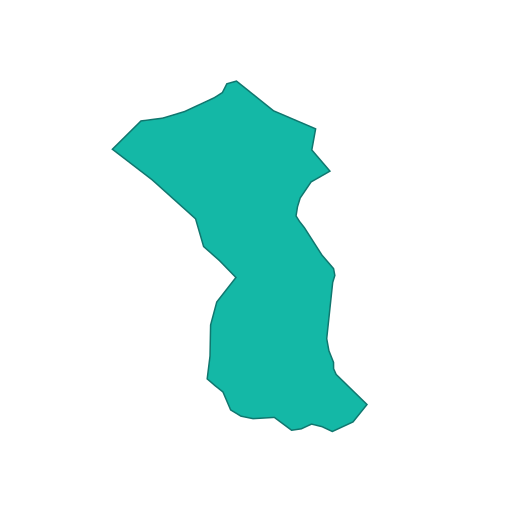 Kaberamaido, orthographic projection, rotated 128°
{"feature_id": "UGA-3066", "entity_name": "Kaberamaido", "entity_type": "District", "adm_level": 1, "iso_a3": "UGA", "parent_name": "Uganda", "parent_adm1": "", "projection": "orthographic", "projection_center": [33.211, 1.704], "detail": "fine", "context": "isolated", "style": "filled", "palette": "teal", "viewbox_px": 512, "rotation_deg": 128, "n_neighbors": 0, "source": "natural_earth", "source_scale": "10m", "svg_char_len": 767}
<svg xmlns="http://www.w3.org/2000/svg" viewBox="0 0 512 512"><g transform="rotate(128 256 256)"><path d="M138.2,385.0L130.2,379.1L130.8,331.6L119.1,287.3L138.1,277.3L143.6,250.0L163.7,258.2L183.1,256.9L191.7,253.6L199.8,249.1L202.0,243.0L203.9,235.3L214.7,204.6L218.2,187.1L222.8,181.9L229.6,179.3L277.6,149.4L285.8,140.2L292.1,129.4L297.1,125.4L300.0,119.9L304.7,77.1L327.0,77.4L347.3,87.8L349.8,98.8L354.3,108.8L364.3,113.9L371.4,120.7L371.9,142.2L386.0,158.2L391.5,169.3L392.9,181.2L383.5,198.3L383.4,208.3L382.9,218.8L363.2,230.6L338.3,249.3L316.4,258.6L285.3,258.6L282.1,282.0L280.8,303.1L263.9,326.5L259.9,384.8L260.3,434.9L220.4,429.8L204.8,414.4L186.1,401.2L156.9,386.3L147.9,383.1L138.2,385.0Z" fill="#14b8a6" stroke="#0f766e" stroke-width="1.5"/></g></svg>